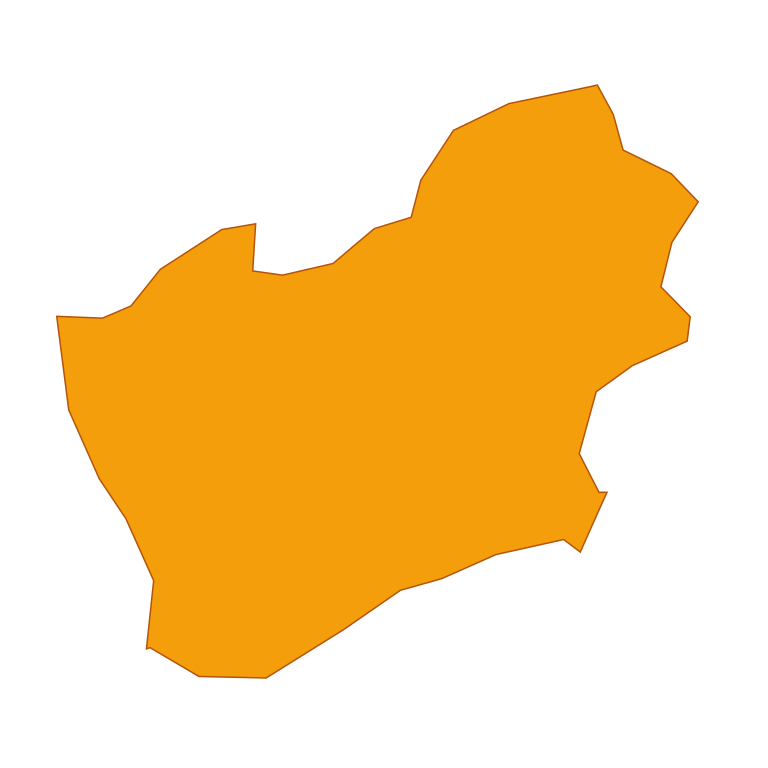 the border of Aileu, rotated 177°
{"feature_id": "TLS-544", "entity_name": "Aileu", "entity_type": "District", "adm_level": 1, "iso_a3": "TLS", "parent_name": "East Timor", "parent_adm1": "", "projection": "robinson", "projection_center": [125.606, -8.71], "detail": "fine", "context": "isolated", "style": "filled", "palette": "amber", "viewbox_px": 768, "rotation_deg": 177, "n_neighbors": 0, "source": "natural_earth", "source_scale": "10m", "svg_char_len": 716}
<svg xmlns="http://www.w3.org/2000/svg" viewBox="0 0 768 768"><g transform="rotate(177 384 384)"><path d="M517.1,96.6L584.1,101.6L631.5,133.0L635.1,131.9L624.3,199.7L648.8,263.0L673.3,304.3L700.2,374.6L707.3,468.7L661.7,464.5L632.6,475.2L601.3,510.3L538.0,546.7L503.8,550.7L509.2,503.8L479.7,498.0L428.6,507.0L407.1,523.4L385.5,539.7L348.1,549.1L336.6,585.5L301.3,633.7L244.5,657.5L162.8,670.1L155.3,671.4L140.9,641.1L133.0,605.1L86.2,579.0L60.7,549.5L89.1,510.3L102.4,466.6L74.7,435.1L79.0,411.0L135.1,389.3L172.5,365.2L192.7,304.3L175.0,264.6L167.0,264.2L178.3,242.2L196.8,205.9L212.8,219.3L281.2,207.8L336.6,186.6L378.3,177.2L437.3,140.8L517.1,96.6Z" fill="#f59e0b" stroke="#b45309" stroke-width="1.5"/></g></svg>